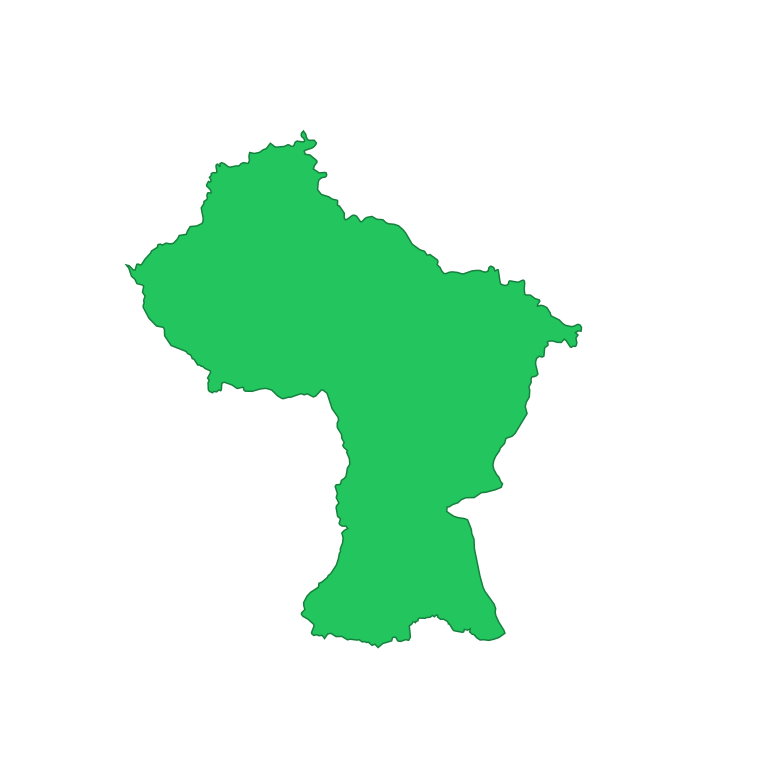 outline of Muzo, Boyacá, Colombia, rotated 327°
{"feature_id": "7082276B18925314356411", "entity_name": "Muzo", "entity_type": "district", "adm_level": 2, "iso_a3": "COL", "parent_name": "Colombia", "parent_adm1": "Boyacá", "projection": "mercator", "projection_center": [-74.135, 5.519], "detail": "fine", "context": "isolated", "style": "filled", "palette": "green", "viewbox_px": 768, "rotation_deg": 327, "n_neighbors": 0, "source": "geoboundaries", "source_scale": "gbopen_adm2", "svg_char_len": 6171}
<svg xmlns="http://www.w3.org/2000/svg" viewBox="0 0 768 768"><g transform="rotate(327 384 384)"><path d="M580.6,441.7L579.8,440.2L578.6,439.4L574.8,439.0L572.5,438.0L568.3,433.8L566.8,430.7L565.9,425.8L561.2,417.8L562.1,414.9L562.2,408.6L560.3,405.3L558.4,403.4L555.1,402.3L555.7,401.3L559.8,399.4L560.0,398.0L557.2,394.7L555.2,389.2L551.3,386.5L551.1,385.2L553.2,380.9L556.9,376.1L557.8,374.1L557.6,373.0L556.3,372.3L552.0,371.8L545.7,366.0L544.7,366.0L542.6,367.9L541.2,368.0L539.3,367.4L537.1,365.1L536.4,363.5L537.1,361.2L542.0,350.5L541.4,349.9L538.7,349.7L539.4,346.0L537.8,343.3L535.6,343.4L532.9,345.9L530.5,345.7L528.4,344.0L526.5,341.2L523.6,339.2L519.2,337.0L510.9,335.0L509.4,334.1L506.3,330.4L502.4,327.2L499.8,325.9L496.2,325.2L494.3,323.8L494.0,320.0L494.5,317.0L493.6,313.0L496.0,310.6L496.3,309.0L493.1,300.5L490.8,299.8L490.3,299.0L490.2,294.6L487.2,291.0L483.8,282.1L484.4,269.1L484.0,265.1L482.3,259.1L479.5,255.6L475.1,252.1L473.6,249.9L472.5,245.6L467.6,241.8L465.1,236.9L460.5,235.0L458.4,234.8L453.8,235.8L452.7,235.1L452.4,228.2L450.8,226.0L449.3,225.4L442.4,225.8L441.0,225.1L441.2,222.8L443.7,219.2L443.6,210.9L442.4,208.5L444.8,205.3L444.8,204.4L441.1,200.5L439.8,197.1L434.7,190.9L434.1,184.9L438.5,179.2L440.8,177.3L444.3,177.1L447.3,178.4L448.7,178.3L450.0,177.2L450.5,175.4L449.4,174.2L444.6,171.7L441.9,165.2L444.5,163.0L448.6,161.5L449.2,160.1L446.7,151.7L443.1,148.4L443.8,145.4L445.3,145.1L452.1,146.9L454.1,146.9L457.0,146.2L458.6,144.8L458.2,141.5L453.9,138.9L453.0,137.3L453.4,134.3L454.4,132.0L454.2,127.9L451.4,128.7L449.9,130.6L449.7,132.0L450.5,134.3L450.1,136.6L449.4,137.2L447.8,136.8L443.4,132.9L441.3,132.8L438.3,134.9L437.1,135.0L435.5,134.0L434.7,131.9L433.7,131.0L429.9,130.5L422.8,126.8L421.7,125.7L419.8,120.2L413.5,122.5L410.2,121.7L406.0,122.0L400.9,120.1L397.4,116.7L394.8,119.4L392.8,123.3L390.6,124.9L389.6,124.6L386.7,121.8L384.1,121.4L381.1,122.1L378.5,120.4L373.1,118.4L371.7,116.9L369.9,111.9L368.2,109.9L366.5,109.8L365.2,112.1L364.5,111.9L364.4,109.1L363.9,108.8L362.6,108.9L361.6,110.0L359.3,115.3L358.0,115.2L355.6,113.6L353.6,113.5L352.7,115.1L350.1,115.6L350.0,118.4L349.1,120.0L347.6,119.5L347.1,118.5L343.8,120.3L343.1,121.3L344.2,126.8L343.4,129.4L342.8,129.5L340.6,127.8L339.8,127.9L337.9,129.7L337.4,131.6L336.6,132.3L335.6,132.8L332.5,132.8L331.1,134.7L326.6,136.8L322.5,146.8L320.3,149.5L318.6,150.2L313.1,149.5L307.2,146.4L302.1,148.9L299.8,150.8L293.1,147.9L290.1,149.8L284.1,151.3L281.2,150.2L277.9,147.1L273.9,146.8L272.6,144.9L270.4,144.0L268.4,145.9L261.5,145.8L259.5,147.1L251.7,149.1L245.8,151.7L244.8,151.8L243.1,149.5L241.8,149.0L237.4,152.8L235.9,151.9L234.7,146.0L232.7,143.9L233.1,147.8L230.9,156.2L232.1,160.3L231.5,165.3L235.3,169.4L235.8,171.0L231.4,175.6L231.5,180.1L228.5,182.5L227.4,183.9L227.3,185.1L224.7,187.1L223.8,188.7L222.7,200.9L224.8,211.5L229.7,216.2L229.6,218.5L226.3,224.1L226.4,235.7L235.7,248.9L236.0,251.8L237.8,254.7L237.0,258.4L238.2,259.6L238.1,266.6L239.7,267.7L240.4,269.6L241.5,270.5L242.4,273.6L245.6,278.6L244.3,280.2L239.3,282.9L239.3,286.0L237.2,287.0L233.6,293.0L233.5,294.9L235.3,297.9L237.2,297.6L239.3,299.4L242.4,299.1L243.4,300.7L244.4,300.3L248.4,295.0L251.0,295.5L256.0,302.0L258.4,307.8L263.8,309.8L264.1,310.4L263.2,312.7L263.7,314.4L269.4,318.3L277.2,320.7L281.7,322.8L283.8,324.5L286.6,328.1L288.3,335.9L290.5,340.5L291.6,341.5L297.4,343.3L298.2,344.2L309.1,346.9L311.2,349.6L314.4,350.5L317.7,356.4L320.2,356.9L328.2,354.9L329.6,356.0L331.2,360.8L327.0,376.6L327.4,386.9L326.2,389.6L323.5,391.3L321.1,395.1L320.9,403.0L319.0,406.8L318.8,411.2L315.9,413.2L315.8,415.5L317.0,419.9L315.5,421.0L314.3,427.7L311.6,432.7L307.6,434.5L301.9,440.7L299.5,441.5L295.9,441.6L292.6,444.4L289.0,442.5L287.2,443.4L285.3,450.4L282.1,453.2L281.3,459.3L277.9,460.3L276.5,461.6L273.0,469.8L274.1,473.3L270.5,476.4L270.4,478.0L271.6,480.5L274.7,482.5L274.9,485.4L270.6,485.2L267.5,486.0L265.9,490.8L262.7,494.7L257.5,498.5L256.3,500.8L254.2,501.9L250.5,505.8L245.4,509.9L236.1,514.0L232.9,514.3L231.1,515.4L224.0,516.3L220.9,515.7L219.0,518.1L217.9,518.7L209.0,518.7L203.9,520.0L197.6,523.5L196.1,526.0L194.8,530.0L190.2,531.1L189.3,532.2L189.4,534.5L192.2,539.9L194.1,547.2L193.6,548.8L187.8,553.0L187.4,554.5L188.2,556.7L190.8,557.5L192.4,559.7L195.3,561.2L195.5,565.1L200.6,563.0L203.7,564.2L206.2,569.7L211.2,572.8L214.0,578.6L216.6,579.6L222.1,584.2L223.8,584.8L225.3,588.5L227.4,589.4L228.6,591.3L230.3,592.0L231.6,596.6L234.7,597.4L235.5,601.8L241.7,601.0L250.5,603.6L252.8,601.5L254.4,601.6L256.0,603.3L255.6,606.5L256.0,607.5L257.9,609.0L262.9,610.2L265.1,612.4L268.3,610.6L273.5,600.6L276.5,600.5L278.7,599.4L279.6,599.6L280.4,601.3L281.8,600.5L283.4,601.1L285.0,599.5L286.4,599.7L290.9,602.9L292.2,602.9L295.6,604.7L298.7,604.6L299.4,606.6L302.3,606.3L302.9,606.9L302.1,608.7L303.2,612.1L305.9,613.7L307.7,617.3L307.9,619.0L307.3,620.3L308.2,621.1L307.9,627.5L308.4,629.1L314.7,635.1L316.0,635.2L317.7,633.5L320.1,636.0L323.0,636.3L320.8,638.7L321.7,641.9L323.0,643.2L323.6,647.5L325.2,651.0L328.4,652.8L332.4,656.2L337.2,657.9L342.4,659.2L349.7,658.9L350.4,656.0L350.6,646.1L351.6,639.4L352.9,636.0L355.3,633.2L356.4,628.7L355.7,612.5L356.3,608.6L359.9,597.3L370.0,571.6L375.0,563.0L376.2,557.1L378.0,553.7L379.9,544.7L380.0,543.3L378.2,540.7L373.4,536.5L370.6,533.1L368.5,528.5L367.2,525.0L369.9,521.6L371.8,522.5L375.9,522.5L381.4,523.9L385.3,523.1L390.6,523.9L397.8,528.4L406.3,528.1L410.8,530.4L420.0,533.4L426.1,534.5L429.1,532.2L428.7,529.7L429.6,524.5L429.1,521.3L429.6,515.6L430.9,511.8L434.0,508.3L437.9,505.6L444.6,502.8L446.4,501.2L452.7,499.5L456.7,496.0L463.0,497.6L467.1,496.8L487.9,486.7L490.2,479.8L493.4,476.8L498.8,474.0L502.9,468.5L503.8,465.4L508.1,463.0L510.1,459.8L512.2,458.5L513.8,459.6L516.4,460.1L518.5,459.5L521.8,450.3L523.4,447.8L526.0,445.6L529.4,445.3L531.3,447.6L533.3,447.7L538.5,441.1L542.4,440.9L543.4,439.8L543.8,437.8L545.4,437.8L548.6,439.5L552.1,443.5L555.3,445.7L559.6,444.5L560.4,447.0L560.4,454.5L561.3,455.3L563.3,455.2L564.9,456.7L566.1,456.4L568.2,454.5L570.0,449.9L573.4,448.6L572.5,445.2L575.7,445.2L578.1,447.0L580.4,444.3L580.6,441.7Z" fill="#22c55e" stroke="#15803d" stroke-width="1.5"/></g></svg>